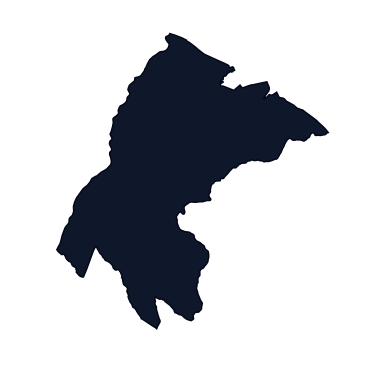 Gnral. Antonio Elizalde, Bolivar, Ecuador (Natural Earth projection), rotated 111°
{"feature_id": "8360857B53481091829171", "entity_name": "Gnral. Antonio Elizalde", "entity_type": "district", "adm_level": 2, "iso_a3": "ECU", "parent_name": "Ecuador", "parent_adm1": "Bolivar", "projection": "natural_earth1", "projection_center": [-79.193, -2.142], "detail": "fine", "context": "isolated", "style": "filled", "palette": "ink", "viewbox_px": 384, "rotation_deg": 111, "n_neighbors": 0, "source": "geoboundaries", "source_scale": "gbopen_adm2", "svg_char_len": 6028}
<svg xmlns="http://www.w3.org/2000/svg" viewBox="0 0 384 384"><g transform="rotate(111 192 192)"><path d="M76.0,124.2L74.5,128.1L73.3,136.9L72.3,138.4L71.8,140.0L71.8,140.6L72.4,143.9L72.3,144.5L71.9,145.2L68.5,148.7L72.0,151.2L72.6,151.8L73.2,152.6L73.3,154.6L73.6,154.9L74.4,155.3L76.4,155.9L76.6,156.1L77.0,156.9L79.0,157.8L79.2,159.0L70.3,156.6L68.3,156.7L66.6,157.5L62.3,161.6L70.2,173.7L71.1,175.5L76.9,182.3L75.0,185.5L82.1,189.3L82.0,201.3L82.8,202.4L82.1,203.9L81.5,203.8L81.2,204.1L80.7,204.9L80.0,203.7L78.7,202.5L78.4,202.3L77.8,202.6L77.9,203.0L79.0,204.8L78.8,205.3L77.7,204.9L75.8,203.4L75.3,203.3L73.8,204.0L73.4,204.0L72.7,203.6L71.6,202.2L69.8,201.6L68.3,201.5L67.6,200.4L67.2,200.2L65.2,200.1L65.1,199.9L66.0,199.1L65.9,198.3L65.1,197.1L63.6,196.9L63.3,195.9L62.9,195.9L61.7,197.6L61.2,197.5L60.6,198.8L60.9,199.5L61.6,199.6L61.8,200.4L62.2,201.1L62.1,202.1L60.8,203.0L60.5,204.8L59.0,229.9L56.7,237.6L55.7,240.1L53.4,247.8L52.7,251.9L52.2,251.8L51.7,256.7L51.7,261.5L51.7,263.8L52.1,269.5L52.7,269.5L53.8,269.7L54.7,270.3L56.1,271.8L57.3,272.0L58.3,271.5L59.5,270.3L60.5,269.0L61.3,267.3L62.4,266.1L65.2,265.8L67.8,266.4L69.3,267.1L70.8,268.8L72.4,271.7L73.2,272.6L76.5,274.6L79.6,276.9L83.7,278.9L88.2,279.5L92.4,279.6L94.0,280.1L95.9,279.9L101.0,281.2L103.1,282.3L105.6,286.0L106.4,286.2L107.4,285.7L108.6,285.5L109.8,286.0L113.7,288.2L115.0,288.7L117.9,288.7L119.3,288.5L119.8,288.1L122.4,285.2L123.9,285.1L126.4,286.2L127.0,286.3L129.8,285.7L131.0,285.8L132.1,286.0L133.5,286.7L135.1,287.7L137.3,289.7L138.4,290.1L141.6,290.2L142.8,289.9L144.4,288.9L145.3,288.7L148.5,290.1L149.3,290.8L150.9,291.7L151.8,292.0L152.6,291.8L155.4,290.3L159.4,289.6L164.4,289.1L167.3,289.2L168.5,288.1L170.5,286.0L171.0,285.7L171.7,285.8L174.1,286.8L175.7,286.6L176.5,286.3L177.3,285.8L180.1,282.8L180.8,282.4L181.7,282.1L182.5,282.1L184.4,283.0L185.2,282.8L186.4,282.3L187.5,281.6L188.5,280.5L192.0,278.4L193.4,277.9L195.7,277.7L200.8,279.7L202.6,280.9L206.0,283.8L211.8,287.0L211.9,287.6L215.4,290.3L219.3,290.8L223.1,292.0L227.9,294.8L239.0,297.7L243.6,297.9L247.9,297.5L252.5,295.5L255.7,295.3L256.6,295.3L259.4,296.6L260.3,296.9L261.7,296.8L264.4,296.0L265.8,296.1L267.3,296.5L268.8,297.2L271.1,297.7L279.1,297.6L286.3,296.7L289.0,296.8L290.0,297.1L294.3,297.5L295.2,296.2L296.1,294.4L296.5,292.9L297.1,291.6L296.9,290.7L296.0,289.8L296.1,289.1L297.3,287.4L299.3,285.5L299.8,284.7L300.9,282.0L300.8,280.7L301.0,279.8L302.7,278.2L303.6,277.2L303.8,276.5L304.3,273.4L304.9,272.8L305.6,272.8L306.3,271.8L306.7,271.6L308.3,271.3L310.5,267.2L310.8,265.2L310.7,264.1L310.2,262.9L301.7,262.7L282.7,263.0L279.2,262.8L277.4,262.2L277.9,261.1L279.5,259.4L280.6,257.8L282.0,256.4L283.4,253.3L283.8,252.8L284.6,252.3L285.7,249.9L286.9,248.4L286.9,246.0L287.4,243.6L288.0,242.0L289.3,239.6L291.2,238.3L291.6,237.2L292.2,236.2L292.1,234.8L291.0,233.5L290.9,233.0L291.0,232.5L292.6,229.9L294.6,228.2L295.2,227.1L296.8,227.2L298.3,225.6L300.3,224.5L301.4,223.6L302.3,223.2L303.0,222.3L304.0,219.1L304.9,217.9L306.0,217.3L307.8,217.3L308.2,217.1L310.9,214.5L311.6,214.2L312.6,214.1L313.2,213.8L316.5,210.7L318.6,207.7L320.6,206.1L321.1,203.9L321.6,202.7L324.4,199.3L327.2,194.9L328.5,193.9L328.4,193.1L331.4,179.7L331.6,178.0L332.0,176.7L332.3,176.0L330.0,176.0L325.1,175.3L324.1,175.5L323.4,175.9L321.2,178.0L319.8,179.0L318.9,179.9L317.4,180.8L314.6,183.0L312.0,184.1L310.3,186.1L309.8,186.5L308.9,186.8L307.1,187.0L305.3,188.3L303.7,189.2L303.5,188.7L303.5,186.1L303.8,184.1L303.4,183.2L302.8,182.3L302.8,181.8L303.1,181.1L302.8,179.7L303.9,177.8L305.8,171.5L306.9,169.8L307.5,168.3L308.5,166.7L310.3,165.2L310.7,164.6L310.7,161.7L311.1,160.2L310.7,158.5L310.8,157.1L311.2,155.9L311.9,154.5L312.7,151.1L312.5,146.8L310.5,145.2L309.7,145.1L308.0,146.2L306.9,146.6L305.8,146.5L303.7,146.0L303.0,145.4L301.8,142.9L300.9,142.3L297.9,141.2L296.0,141.8L292.1,142.5L290.0,145.3L284.4,150.5L283.8,150.6L280.9,153.0L279.6,153.5L278.0,153.7L276.1,154.3L274.2,154.0L271.6,155.2L270.0,155.6L269.1,155.5L267.5,154.9L266.6,154.9L263.8,156.1L262.8,156.3L261.5,156.1L260.8,155.8L259.3,154.5L258.6,154.0L257.1,153.8L254.2,152.7L251.4,152.2L249.5,152.7L247.0,153.0L244.4,154.0L242.1,155.3L241.3,156.2L240.9,158.2L240.4,159.1L239.6,160.0L238.3,161.0L237.7,162.0L237.2,164.2L236.4,166.2L236.0,170.5L234.4,173.0L232.1,174.4L231.4,175.2L231.2,175.8L231.0,178.0L230.5,179.9L231.5,184.4L231.6,188.2L231.2,189.8L230.2,191.2L227.7,193.6L225.5,195.2L223.3,195.9L221.1,197.7L220.6,197.8L217.0,197.1L214.4,196.1L215.8,192.9L215.8,192.4L215.6,191.8L215.0,191.4L213.4,191.5L212.6,191.9L210.3,193.6L208.9,194.0L207.8,193.9L206.6,193.3L202.3,190.4L201.5,189.0L200.7,186.2L200.0,184.3L198.1,180.9L197.4,178.7L194.6,175.1L193.8,172.9L193.4,172.1L193.1,171.9L192.6,171.8L191.9,171.9L190.6,173.9L189.7,174.7L188.9,175.1L187.8,175.3L185.9,174.9L184.9,175.0L183.6,175.6L179.9,176.3L177.6,176.3L176.4,175.1L174.6,174.7L173.7,174.2L172.5,172.3L171.6,169.9L171.1,169.7L170.0,170.0L169.3,169.9L168.8,169.4L168.4,168.0L167.9,167.4L165.9,166.9L162.4,165.4L158.7,164.2L154.8,162.5L154.4,162.0L154.3,161.1L153.7,159.8L153.0,159.4L151.9,159.1L151.0,158.4L149.9,158.2L149.0,157.2L147.8,156.4L147.0,155.2L146.2,153.3L145.4,152.0L144.3,151.8L143.7,151.4L142.8,150.5L142.4,149.5L140.6,147.6L140.5,147.2L140.4,145.5L139.9,144.1L139.1,142.7L138.5,142.1L138.4,139.6L137.7,137.4L138.0,136.2L138.0,135.8L137.8,135.2L136.5,133.0L136.2,131.6L134.2,128.9L131.6,126.2L131.1,125.4L131.0,124.9L129.7,124.3L127.4,123.8L125.3,123.6L123.4,123.1L118.9,123.0L116.4,122.6L114.2,122.6L110.9,122.2L108.9,121.6L107.1,120.5L106.7,119.8L106.7,119.2L107.4,117.1L107.4,116.2L106.9,114.6L105.8,113.2L105.3,111.4L104.7,110.2L104.5,109.3L104.4,106.1L104.3,105.7L101.9,103.8L100.8,103.7L98.8,102.1L95.9,102.0L95.2,101.8L93.4,100.7L93.2,100.4L93.3,99.4L94.0,98.4L94.7,97.8L94.8,96.5L93.8,94.6L93.3,92.5L91.5,89.7L91.0,88.6L90.3,88.0L88.5,87.1L87.7,86.1L86.0,88.9L84.5,91.9L81.3,100.0L80.7,101.0L79.3,105.7L77.0,114.1L75.8,118.1L76.0,119.5L76.0,124.2Z" fill="#0f172a" stroke="#020617" stroke-width="1.5"/></g></svg>